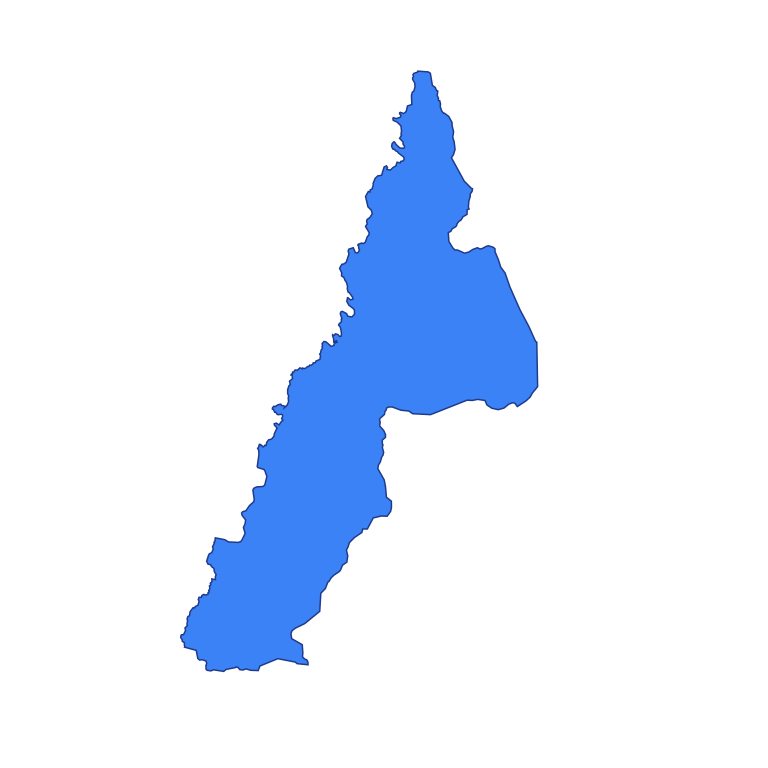 outline of Wenchi Municipal, Brong Ahafo, Ghana, rotated 11°
{"feature_id": "2480657B27014820297576", "entity_name": "Wenchi Municipal", "entity_type": "district", "adm_level": 2, "iso_a3": "GHA", "parent_name": "Ghana", "parent_adm1": "Brong Ahafo", "projection": "robinson", "projection_center": [-2.148, 7.803], "detail": "fine", "context": "isolated", "style": "filled", "palette": "blue", "viewbox_px": 768, "rotation_deg": 11, "n_neighbors": 0, "source": "geoboundaries", "source_scale": "gbopen_adm2", "svg_char_len": 6147}
<svg xmlns="http://www.w3.org/2000/svg" viewBox="0 0 768 768"><g transform="rotate(11 384 384)"><path d="M519.2,380.7L526.7,373.4L530.0,368.8L531.3,364.7L535.3,357.3L526.0,313.8L524.6,313.2L515.2,299.9L503.4,285.3L489.2,264.9L481.7,252.0L476.3,247.0L472.6,240.2L467.8,233.1L467.1,230.0L465.1,228.9L460.5,228.4L458.8,228.9L454.1,232.6L452.3,233.1L449.7,232.4L445.3,235.1L442.3,238.1L438.2,240.2L430.4,238.4L428.2,239.0L425.5,237.2L420.5,231.7L418.2,223.1L420.4,221.4L421.4,218.6L424.4,215.9L425.1,214.4L425.0,213.1L426.3,210.4L428.4,208.2L429.6,204.8L433.1,201.7L432.4,197.0L434.1,196.0L433.1,194.3L432.4,188.5L432.9,183.3L432.3,181.5L433.7,178.1L433.7,175.5L432.3,175.2L424.0,169.5L407.0,149.0L408.4,145.8L409.0,140.2L406.7,133.0L404.4,128.7L404.2,123.1L401.8,118.0L400.8,114.2L396.5,109.0L391.6,106.6L390.7,106.9L388.5,104.9L386.3,101.0L386.0,98.2L384.6,95.3L383.3,95.3L382.8,92.7L381.2,90.9L380.9,86.2L379.4,85.7L377.7,83.1L374.5,81.6L370.2,70.1L367.9,69.2L357.5,70.4L357.3,71.5L354.0,73.4L353.4,74.7L354.3,76.8L353.7,78.1L354.0,79.5L356.6,82.5L357.7,86.0L357.5,90.6L356.1,92.2L355.9,95.6L358.0,104.3L354.0,106.6L353.8,112.2L352.4,114.1L351.6,114.7L348.2,114.2L347.6,114.8L347.8,115.9L349.4,117.0L349.1,119.0L345.5,121.1L342.3,120.8L342.1,121.9L342.8,123.5L346.7,124.3L351.4,127.4L352.9,132.3L353.1,135.9L353.8,136.5L352.4,139.9L356.6,142.8L356.8,144.7L358.9,147.0L358.8,148.3L358.1,148.9L354.6,149.3L350.4,146.7L348.1,144.4L347.3,144.5L346.1,146.5L346.1,149.0L346.7,150.2L348.1,151.8L349.5,151.8L351.0,152.9L352.8,153.2L353.9,154.4L359.7,157.3L360.4,157.9L360.9,159.9L359.9,161.6L358.1,162.2L357.7,163.8L354.5,163.8L354.0,167.7L351.7,169.6L349.5,172.7L345.9,172.9L346.1,170.7L344.7,169.4L342.7,171.0L341.8,179.6L338.3,180.8L336.1,183.7L335.0,189.2L335.5,190.7L335.1,194.7L333.4,196.2L333.6,198.2L331.9,198.0L330.1,203.4L334.4,213.1L338.4,215.9L340.0,219.0L338.4,223.2L336.0,225.8L335.9,227.7L337.0,230.0L335.8,232.9L340.7,238.4L340.6,241.0L339.6,242.2L338.5,248.7L336.7,250.1L335.1,249.9L331.9,251.9L331.9,252.8L332.6,253.1L333.4,255.9L334.4,257.0L333.5,259.6L332.4,260.7L330.8,260.4L327.8,256.1L323.8,258.3L323.4,260.2L324.8,263.2L323.6,271.9L321.5,273.9L319.8,274.5L318.3,278.9L321.2,282.8L321.7,286.0L324.3,287.1L326.1,289.9L327.4,290.9L329.6,295.1L329.7,297.4L331.2,300.6L332.8,301.2L337.0,305.3L337.3,306.7L334.9,307.8L332.1,306.1L331.7,306.3L331.7,310.0L334.5,313.4L339.6,315.9L341.0,317.4L341.7,321.2L339.7,324.3L335.5,324.4L333.8,322.0L329.1,320.6L327.8,321.6L327.7,323.4L330.2,327.9L329.7,328.7L330.3,330.7L329.6,332.4L328.6,333.0L328.2,334.9L330.0,336.2L331.1,338.4L332.6,342.4L332.8,345.3L331.4,345.8L329.4,344.3L326.7,344.0L326.1,345.5L325.1,346.1L324.3,345.3L324.1,345.8L326.1,349.7L326.6,352.4L329.0,350.6L330.0,352.0L328.3,352.7L327.3,354.5L327.5,355.7L325.2,357.2L318.8,353.6L316.8,353.8L315.5,356.3L316.4,358.0L316.0,358.9L316.7,360.9L315.8,362.6L315.8,366.0L315.1,366.9L316.3,368.3L316.4,372.1L312.9,374.4L312.4,376.3L310.5,376.7L310.3,378.1L308.7,379.7L307.5,379.6L306.9,381.1L305.7,381.4L304.0,383.5L302.6,384.1L301.0,383.9L300.9,384.6L298.4,384.2L296.3,387.0L294.0,387.2L293.2,389.4L292.0,389.7L292.2,391.9L291.2,392.0L291.0,392.9L292.0,392.7L293.2,396.2L290.7,399.3L292.1,402.4L291.0,403.9L290.5,408.0L291.2,411.6L292.8,414.2L292.6,415.8L293.7,419.6L292.9,423.4L290.8,426.2L291.0,424.7L287.7,424.6L286.5,423.5L284.1,424.5L281.3,427.0L280.2,426.8L279.1,428.5L279.2,429.9L280.3,430.1L282.1,432.6L283.2,432.3L284.5,433.9L285.9,434.4L288.9,433.3L290.2,433.6L290.7,435.2L290.1,437.6L291.7,438.8L290.3,440.6L288.8,444.2L285.8,442.9L283.8,444.0L284.3,445.3L287.4,447.5L285.8,453.9L286.0,456.2L284.1,459.6L281.4,460.8L280.0,463.7L280.1,466.7L278.5,467.0L278.1,468.2L277.1,468.9L275.8,467.7L274.9,467.8L274.6,467.0L273.2,467.0L272.8,470.7L272.2,471.2L273.6,472.9L274.7,477.1L275.3,489.2L276.1,490.1L282.4,490.8L283.5,491.7L286.7,497.1L286.2,506.1L284.7,507.7L278.4,509.4L275.9,511.4L275.6,513.4L278.7,522.2L278.5,524.6L275.2,528.9L272.7,534.7L269.6,536.4L268.8,537.9L269.9,540.2L274.1,543.8L274.3,547.6L273.4,551.7L276.2,557.1L274.2,564.7L273.3,566.1L271.2,567.3L261.6,568.7L257.3,567.2L247.8,567.2L248.0,571.1L247.3,571.7L247.8,572.7L246.7,576.6L247.8,578.3L247.7,579.5L247.1,582.4L245.0,584.0L244.5,585.3L243.7,591.8L245.6,594.4L248.3,594.5L249.6,596.2L252.3,597.5L253.1,600.3L255.6,603.3L255.2,605.4L255.9,608.2L252.2,608.2L252.7,610.0L252.5,611.6L251.5,612.7L252.3,614.3L251.2,615.5L252.1,618.2L251.3,620.2L252.2,621.4L251.1,622.3L251.4,623.9L249.0,625.3L247.3,624.9L245.6,626.3L245.5,628.2L243.1,628.7L242.8,630.9L244.0,632.9L243.5,636.8L241.2,638.4L240.8,640.0L239.3,640.0L237.1,644.5L237.3,648.5L235.8,649.8L235.5,652.4L236.3,653.4L236.4,657.4L237.1,658.6L235.2,661.4L236.2,664.1L235.0,668.3L233.1,668.8L232.7,669.5L232.9,671.8L234.6,673.4L235.1,675.1L237.4,676.0L237.8,678.4L238.6,679.5L238.4,680.4L250.5,681.3L253.6,689.0L255.8,690.2L258.0,689.3L262.2,689.9L263.3,692.3L262.9,694.5L263.9,698.2L265.3,698.8L269.0,698.6L271.0,697.1L281.5,696.7L283.5,694.3L292.1,690.8L292.7,690.0L294.6,690.0L297.0,691.9L299.9,691.7L303.1,690.0L307.6,690.5L315.2,689.3L316.0,684.5L332.2,673.9L349.9,673.9L352.1,675.1L363.0,674.1L362.4,671.5L360.9,669.6L358.4,669.0L356.0,667.3L355.7,663.7L353.5,655.5L342.0,651.6L340.3,647.0L340.8,643.8L343.4,640.7L351.9,634.3L364.3,619.4L361.9,601.5L365.5,596.0L366.7,589.1L367.6,588.5L369.0,584.5L371.3,581.2L376.0,576.5L376.9,574.7L377.8,569.8L381.5,566.0L381.2,559.6L378.8,554.2L379.8,550.8L380.3,546.3L384.3,540.3L390.6,534.0L390.8,530.4L395.3,529.5L399.0,517.5L406.5,514.1L412.3,513.2L414.8,507.8L414.9,503.8L413.6,497.6L408.0,494.7L405.0,484.3L402.5,478.1L394.1,468.3L394.0,464.6L395.2,461.3L395.8,455.7L396.6,454.1L396.7,451.1L394.5,446.7L394.6,443.9L393.9,443.4L393.0,439.4L395.6,436.2L395.5,435.5L395.2,433.5L392.6,429.7L387.7,426.0L387.6,422.4L386.4,419.7L386.7,418.5L390.2,413.9L390.2,410.6L390.9,409.7L391.3,406.9L392.7,405.8L396.4,405.0L405.7,406.5L413.6,405.8L417.8,407.7L435.5,405.2L468.7,384.0L473.8,383.3L479.0,381.2L486.3,380.9L489.0,384.9L494.4,387.2L501.0,387.4L506.4,384.7L510.4,380.0L513.7,377.9L516.2,377.9L519.2,380.7Z" fill="#3b82f6" stroke="#1e3a8a" stroke-width="1.5"/></g></svg>